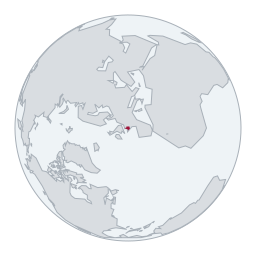 Ille-et-Vilaine on an orthographic globe, rotated 261°
{"feature_id": "FRA-5308", "entity_name": "Ille-et-Vilaine", "entity_type": "Metropolitan department", "adm_level": 1, "iso_a3": "FRA", "parent_name": "France", "parent_adm1": "", "projection": "orthographic", "projection_center": [-1.688, 48.172], "detail": "fine", "context": "on_globe", "style": "filled", "palette": "rose", "viewbox_px": 256, "rotation_deg": 261, "n_neighbors": 0, "source": "natural_earth", "source_scale": "10m", "svg_char_len": 10185}
<svg xmlns="http://www.w3.org/2000/svg" viewBox="0 0 256 256"><g transform="rotate(261 128 128)"><circle cx="128" cy="128" r="113" fill="#eef3f6" stroke="#a8b0b8"/><path d="M21.4,164.5L17.9,151.2L17.9,148.8L17.4,145.0L19.2,144.0L19.6,136.5L19.2,133.8L18.2,134.2L17.7,123.7L18.7,116.7L23.3,88.1L25.2,83.5L27.4,79.8L39.9,60.4L29.4,74.9L32.2,69.9L36.5,63.6L36.6,63.9L42.9,56.6L46.9,51.9L55.7,44.8L65.0,41.5L62.2,43.6L64.8,42.8L68.5,40.2L70.3,38.8L84.1,34.3L96.9,28.7L99.1,26.2L100.1,27.6L103.1,22.6L108.9,20.2L103.5,23.5L103.8,24.3L108.2,22.8L109.5,23.3L112.4,23.0L113.5,23.8L110.2,26.0L110.9,26.6L114.0,25.6L117.1,25.9L112.4,27.4L117.3,28.3L112.7,32.5L99.2,36.6L97.7,40.5L86.6,49.1L88.7,49.4L85.8,53.1L87.1,54.9L84.6,56.2L87.8,56.5L89.8,55.0L91.8,54.7L92.8,55.6L89.8,57.4L88.9,57.2L88.6,58.2L86.7,58.7L88.1,59.0L84.5,61.2L89.5,60.6L87.7,63.6L84.9,64.6L83.4,62.5L73.3,60.5L70.0,61.4L66.8,64.5L64.5,74.2L61.6,76.1L58.9,80.2L61.3,79.9L64.2,76.7L68.0,77.4L71.2,73.6L73.2,73.5L77.1,70.6L78.4,73.3L77.5,77.5L74.3,80.1L73.8,82.2L78.4,81.7L73.9,88.7L73.5,97.3L72.1,99.0L66.7,98.4L62.8,93.2L55.8,93.4L62.3,95.7L58.7,100.3L58.9,102.2L60.2,103.4L62.3,102.7L61.5,104.9L54.8,103.2L55.5,101.2L57.6,101.7L55.7,99.4L51.2,98.7L49.8,101.3L44.5,98.2L43.4,100.2L41.7,100.7L43.8,97.8L39.9,103.1L33.5,101.7L28.1,110.9L31.3,100.6L31.3,96.7L30.7,92.9L29.7,94.3L30.2,88.0L28.5,86.1L24.5,91.0L21.7,97.9L21.4,104.1L22.9,103.0L23.6,106.7L19.8,111.3L20.5,119.9L18.5,124.8L18.3,129.9L19.4,132.8L20.4,138.0L22.2,137.3L24.6,139.8L23.5,144.5L25.7,142.6L26.4,147.1L32.0,155.0L31.2,155.5L35.7,167.5L42.4,176.7L44.0,181.5L43.0,182.8L45.7,185.6L45.8,187.0L58.3,197.6L66.0,204.8L66.7,208.9L62.0,210.3L61.9,216.3L54.5,212.5L55.5,214.1L55.1,213.9L48.7,208.0L42.8,201.7L37.4,195.0L32.6,187.8L28.2,180.3L24.5,172.5L21.4,164.5ZM26.3,113.3L27.2,125.6L25.2,121.5L25.8,121.6L25.9,117.9L25.6,112.4L24.2,109.1L26.3,113.3ZM30.2,112.4L29.9,110.6L30.4,112.0L30.2,112.4ZM70.9,38.1L68.4,40.2L64.6,42.4L66.5,40.6L70.9,38.1ZM78.3,34.5L77.5,35.5L74.7,35.9L76.0,35.2L78.3,34.5ZM100.5,24.5L98.2,25.4L100.0,24.3L100.5,24.5ZM112.6,22.8L112.8,22.4L114.2,22.4L112.6,22.8ZM76.2,69.4L76.6,70.0L75.7,70.2L76.2,69.4ZM77.4,67.6L76.0,67.5L76.4,66.6L77.3,66.7L77.4,67.6ZM117.2,23.8L119.4,24.1L116.6,24.1L117.2,23.8ZM79.2,68.1L77.2,65.1L78.0,63.7L82.0,63.0L79.2,68.1ZM120.3,24.5L125.6,25.4L126.6,24.4L126.8,27.8L122.2,25.8L118.6,25.9L120.5,25.2L120.3,24.5ZM90.0,54.1L87.9,55.8L88.8,53.5L90.0,54.1ZM90.0,52.8L89.7,46.8L93.2,45.0L92.6,47.3L96.5,44.4L98.3,46.4L96.7,48.5L94.0,49.2L96.7,49.5L90.0,52.8ZM126.1,29.6L126.9,30.2L125.4,30.0L126.1,29.6ZM92.7,54.4L92.3,53.3L95.3,51.6L96.7,53.6L95.3,53.4L92.7,54.4ZM96.5,42.7L99.0,41.9L101.2,43.3L102.5,43.2L98.7,46.3L96.5,42.7ZM95.0,54.3L97.2,54.6L96.7,56.3L93.3,55.4L95.0,54.3ZM95.6,50.4L97.1,49.7L96.7,50.7L95.6,50.4ZM95.9,62.8L95.4,61.4L96.9,60.3L95.9,62.8ZM98.1,54.6L98.3,54.0L98.8,53.5L100.1,54.1L98.1,54.6ZM100.5,47.2L100.9,48.0L102.2,46.0L103.9,47.1L101.0,49.0L103.0,48.6L103.5,49.0L100.6,50.2L100.5,47.2ZM103.1,53.1L100.0,56.1L100.7,59.0L99.3,60.0L98.5,55.2L103.1,53.1ZM101.9,51.3L102.3,52.6L100.4,53.0L98.9,52.4L101.9,51.3ZM106.1,47.2L104.2,45.0L104.9,44.7L106.1,47.2ZM103.6,53.8L104.3,53.1L103.9,54.0L103.6,53.8ZM105.7,49.1L105.0,48.3L105.8,48.0L105.7,49.1ZM106.4,52.3L105.4,53.3L104.4,52.8L106.4,52.3ZM106.4,50.8L107.7,50.5L104.6,52.1L105.9,50.5L106.4,50.8ZM106.6,48.9L106.8,48.4L106.8,49.2L106.6,48.9ZM110.9,53.6L107.3,55.8L105.0,54.7L108.8,52.7L110.9,53.6ZM235.0,92.8L235.3,93.9L237.0,99.6L237.5,101.7L236.6,98.2L234.5,93.8L235.7,99.0L234.4,96.2L231.7,94.7L232.8,102.3L235.3,118.6L237.6,126.6L237.6,133.1L232.7,127.9L229.0,121.8L228.2,125.3L222.4,124.1L215.0,134.2L213.2,133.1L212.0,136.1L207.7,137.3L204.5,135.2L202.4,137.5L210.7,143.0L212.9,140.5L213.6,134.4L215.6,137.1L219.6,136.5L218.2,149.5L206.0,169.3L203.4,163.8L186.9,152.3L186.6,149.9L186.5,149.6L186.2,149.3L186.1,153.6L182.8,150.9L193.1,160.7L195.4,165.7L205.8,169.8L205.2,171.4L208.1,171.4L215.8,162.0L216.1,164.1L213.3,176.9L201.5,197.4L202.3,203.1L200.1,209.0L191.0,216.9L190.1,219.8L185.1,223.1L183.7,224.8L178.7,227.9L171.1,231.7L160.0,235.4L160.6,234.6L157.2,233.7L152.9,227.8L157.1,222.8L156.7,219.4L148.5,212.0L150.4,206.1L147.9,204.1L142.8,205.4L139.7,202.8L136.6,203.0L115.7,205.5L108.5,201.1L98.1,187.0L101.3,181.9L100.4,175.1L121.2,152.0L127.2,153.3L145.4,147.9L147.9,148.4L147.5,154.5L162.5,157.9L165.3,152.1L177.2,151.5L184.0,148.0L183.4,136.3L172.3,141.9L168.6,137.5L176.2,128.7L185.8,124.0L184.7,122.2L177.2,121.0L178.0,115.9L174.5,120.3L177.0,121.4L174.8,124.3L172.4,123.4L172.8,121.6L169.5,122.1L168.7,131.0L171.1,133.2L163.4,137.8L166.7,142.0L165.1,145.0L158.9,139.2L158.4,136.4L148.1,130.8L148.0,134.2L157.7,139.8L155.3,139.8L155.1,144.8L153.4,141.1L142.8,134.5L134.9,137.8L127.3,150.5L122.1,151.7L116.7,149.5L117.0,137.5L128.4,136.2L128.7,132.2L124.2,126.9L128.1,127.1L127.7,124.8L131.8,124.1L135.5,118.0L139.4,116.8L138.9,109.8L140.8,108.3L140.6,112.8L142.5,115.4L151.9,112.4L153.1,110.4L152.0,106.2L154.7,106.1L152.4,102.4L156.8,98.9L149.5,100.3L148.0,95.7L149.6,91.3L147.8,90.2L145.2,97.4L145.4,100.2L147.7,102.1L147.0,110.3L144.2,112.4L139.9,105.0L135.5,107.3L134.2,100.9L141.8,84.6L146.1,80.4L157.3,82.3L157.5,85.5L153.5,86.4L159.0,89.4L157.7,87.3L160.0,87.3L159.1,83.3L160.7,83.1L157.2,79.7L159.0,79.1L161.2,81.3L161.4,75.1L164.7,73.0L164.0,71.7L162.3,70.9L167.5,68.9L166.8,68.1L164.8,68.4L162.0,67.0L159.2,63.9L161.1,63.3L162.4,64.4L168.1,66.0L171.3,69.1L171.8,68.6L169.5,65.8L162.6,63.8L160.3,62.1L163.6,62.5L162.2,62.2L161.7,61.2L163.0,59.8L159.4,59.1L151.1,49.7L152.8,46.2L156.7,47.5L152.9,41.1L155.1,38.2L153.3,38.5L150.2,35.9L149.5,36.7L148.4,36.7L140.2,31.1L139.8,29.5L134.2,27.9L133.3,28.1L133.2,29.1L126.8,27.8L126.6,24.4L128.8,24.2L127.2,22.5L132.3,22.2L135.8,21.3L142.4,22.3L144.6,21.7L143.7,21.2L146.1,20.2L154.0,20.5L151.5,22.6L140.4,23.8L145.3,23.4L145.4,24.3L147.8,24.7L151.2,24.5L150.8,24.0L162.2,28.7L172.5,31.3L168.9,28.6L169.4,27.5L178.1,29.3L195.1,39.2L195.9,38.8L197.8,40.0L201.1,42.8L198.5,41.1L199.3,42.4L197.4,41.2L201.7,45.5L199.1,43.9L203.8,48.3L205.0,48.4L202.1,45.0L207.3,49.7L207.8,49.0L210.9,51.8L220.1,63.1L224.9,70.7L225.8,72.2L226.2,73.3L229.1,78.8L229.9,80.0L235.0,92.8ZM116.0,164.7L115.9,166.9L116.0,164.7ZM197.3,124.1L202.0,120.3L197.4,115.6L198.9,113.8L196.8,113.0L197.1,115.3L191.6,112.5L192.7,108.8L190.9,106.3L189.2,107.5L187.9,114.9L195.8,118.8L195.8,122.5L197.3,124.1ZM32.2,155.2L32.7,157.1L31.7,155.8L32.2,155.2ZM24.1,122.8L24.7,124.6L24.7,126.3L24.1,125.2L24.1,122.8ZM30.9,137.3L31.9,139.6L30.5,138.0L30.9,137.3ZM27.6,127.4L30.0,135.6L27.3,133.0L25.9,128.0L27.3,130.3L27.6,127.4ZM28.3,114.3L28.5,115.7L27.9,116.3L28.3,114.3ZM30.6,113.4L30.4,113.1L30.6,111.8L30.6,113.4ZM59.1,100.4L59.6,100.6L60.6,102.2L59.4,102.1L59.1,100.4ZM69.1,105.9L67.6,109.3L67.9,106.7L65.9,107.1L64.1,102.3L71.3,99.6L68.4,101.6L69.1,105.9ZM63.7,95.4L64.1,98.6L63.4,95.3L63.7,95.4ZM121.4,114.1L123.5,115.4L122.9,118.1L118.0,120.3L118.8,116.3L121.4,114.1ZM126.5,116.6L123.7,109.0L126.7,107.5L125.5,109.6L127.7,109.4L126.4,112.7L132.0,118.9L131.9,121.8L122.9,124.0L125.9,121.6L123.7,120.4L126.5,116.6ZM111.3,94.3L110.1,91.6L118.0,91.8L118.2,94.4L113.3,96.6L110.2,94.9L111.3,94.3ZM86.6,67.8L85.6,67.1L86.4,66.5L87.9,66.7L86.6,67.8ZM95.6,62.2L91.6,70.3L90.3,69.8L89.6,75.3L85.9,76.4L86.5,72.8L83.1,77.9L82.1,75.1L80.2,78.7L81.9,70.5L80.9,68.3L83.4,70.3L86.9,69.3L88.1,68.2L90.7,63.6L90.3,58.7L93.6,57.1L96.1,57.3L96.7,58.3L94.4,58.9L96.9,59.7L93.9,61.4L95.6,62.2ZM123.3,63.5L120.3,63.4L124.9,66.2L121.9,67.6L122.7,67.8L121.2,69.9L120.7,72.9L119.1,73.2L119.6,74.2L118.6,75.7L118.7,77.3L115.9,78.4L115.9,80.5L114.6,79.9L115.2,83.2L113.5,81.2L112.1,83.1L114.5,84.0L99.1,87.1L94.0,90.3L90.7,94.1L88.2,90.5L89.7,84.7L93.5,78.7L98.7,76.3L96.7,75.2L98.6,73.8L99.4,75.2L99.3,72.2L101.1,71.4L104.4,66.7L103.1,63.1L104.2,61.3L105.7,62.4L105.9,60.0L109.4,60.9L110.3,59.8L114.7,59.7L116.9,62.6L117.8,61.1L121.1,61.1L123.3,63.5ZM112.1,53.7L115.4,56.6L115.5,58.9L107.8,58.1L106.5,59.1L101.6,58.9L101.7,55.7L103.1,56.0L104.4,55.6L103.9,56.8L105.3,55.5L107.3,56.0L109.0,55.1L109.6,56.3L112.1,53.7ZM149.8,145.6L151.6,145.4L154.2,144.5L154.1,147.7L149.8,145.6ZM142.6,141.2L144.0,140.5L145.2,144.3L143.3,144.6L142.6,141.2ZM143.8,137.0L144.0,140.2L142.8,138.6L143.8,137.0ZM141.8,112.0L143.3,111.0L143.8,111.9L143.5,113.6L141.8,112.0ZM136.3,73.0L134.6,72.4L134.7,71.7L132.3,68.8L134.2,67.7L136.5,69.0L136.3,73.0ZM182.1,139.2L180.8,142.2L179.5,141.8L180.2,140.8L182.1,139.2ZM167.2,145.7L171.1,145.7L167.2,146.6L167.2,145.7ZM138.0,71.3L136.8,70.2L138.5,70.4L138.0,71.3ZM135.6,66.8L137.5,66.7L134.2,67.3L135.6,66.8ZM213.8,197.4L204.8,209.8L201.1,212.8L201.7,211.3L206.0,204.8L210.8,199.8L213.5,195.5L213.8,197.4ZM237.9,126.9L239.2,129.2L238.9,131.8L237.9,126.9ZM226.9,74.1L228.2,76.5L227.7,75.6L225.8,72.1L226.9,74.1ZM153.2,61.9L154.4,67.0L156.6,70.2L160.0,71.3L155.8,72.1L152.4,67.1L153.2,61.9ZM151.1,51.2L148.2,50.5L149.1,49.5L149.9,49.5L151.1,51.2ZM149.7,51.6L146.9,53.2L145.0,52.1L147.6,51.0L149.7,51.6ZM142.6,62.0L142.8,63.5L141.4,63.3L142.6,62.0ZM195.4,37.7L194.4,37.1L192.4,35.6L193.6,36.4L195.4,37.7ZM184.9,30.8L191.5,35.0L196.7,38.9L196.2,38.4L199.2,40.7L199.3,40.8L199.0,40.6L193.7,36.7L190.1,34.1L187.5,32.5L183.6,30.2L181.2,29.2L178.8,28.0L179.8,28.2L184.7,30.7L184.9,30.8ZM180.3,28.9L174.7,27.0L171.8,25.1L172.4,25.1L176.2,26.7L177.5,27.6L180.3,28.9ZM172.6,26.1L173.8,27.0L168.2,27.5L166.3,27.2L169.0,25.5L170.3,26.3L172.2,26.6L172.6,26.1ZM127.7,29.7L126.9,30.2L126.9,29.5L127.7,29.7ZM148.0,37.2L146.5,37.0L146.5,36.2L148.0,37.2ZM142.3,36.1L143.4,37.2L141.4,36.3L142.3,36.1ZM145.9,39.7L143.4,37.7L146.9,39.3L145.9,39.7Z" fill="#d9dde1" stroke="#a8b0b8" stroke-width="1"/><path d="M127.7,127.3L127.6,127.2L127.8,126.9L127.8,127.0L128.0,127.1L128.2,127.3L128.3,127.4L128.5,127.4L128.8,127.3L128.8,127.5L128.8,127.8L128.8,128.0L128.8,128.3L128.7,128.4L128.7,128.5L128.6,128.8L128.4,128.7L128.1,128.8L127.8,128.9L127.7,129.0L127.4,129.0L127.4,128.9L127.5,128.9L127.4,128.8L127.5,128.8L127.5,128.7L127.4,128.6L127.5,128.6L127.4,128.4L127.2,128.3L127.3,128.3L127.3,128.2L127.2,128.1L127.3,128.0L127.3,127.9L127.5,127.8L127.6,127.7L127.7,127.4L127.7,127.3Z" fill="#f43f5e" stroke="#9f1239" stroke-width="1.5"/></g></svg>